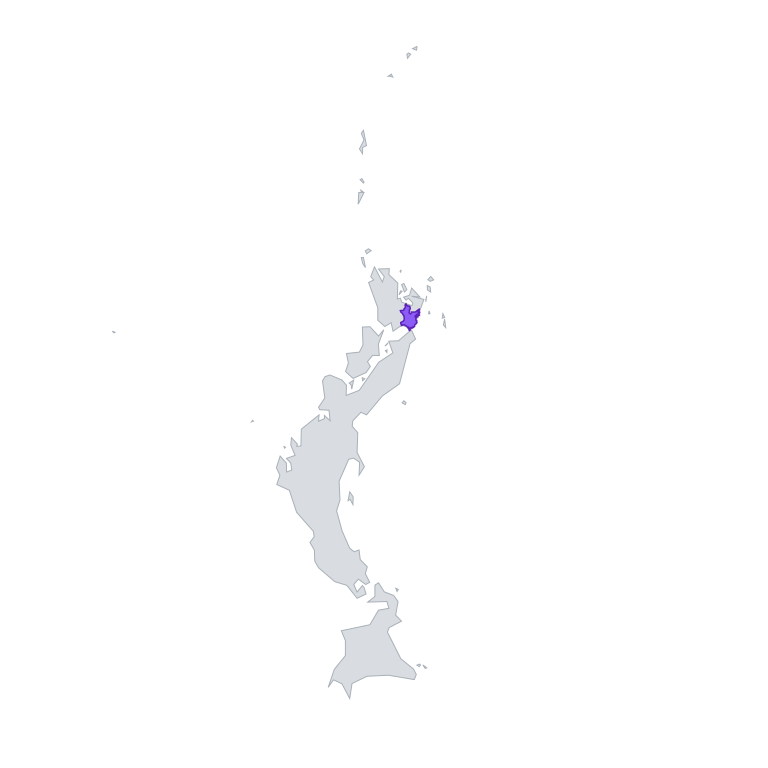 where Fukuoka sits in Japan, rotated 146°
{"feature_id": "JPN-1829", "entity_name": "Fukuoka", "entity_type": "Prefecture", "adm_level": 1, "iso_a3": "JPN", "parent_name": "Japan", "parent_adm1": "", "projection": "albers", "projection_center": [130.552, 33.473], "detail": "fine", "context": "in_parent", "style": "filled", "palette": "violet", "viewbox_px": 768, "rotation_deg": 146, "n_neighbors": 0, "source": "natural_earth", "source_scale": "10m", "svg_char_len": 6890}
<svg xmlns="http://www.w3.org/2000/svg" viewBox="0 0 768 768"><g transform="rotate(146 384 384)"><path d="M516.3,219.9L526.1,221.4L527.4,237.9L535.3,247.6L541.0,268.2L540.4,276.0L534.6,285.2L534.0,294.1L527.3,296.4L524.9,301.3L528.2,326.4L521.9,348.8L529.1,360.6L521.3,366.6L520.0,374.8L510.4,382.3L509.2,373.0L514.0,365.5L508.6,364.2L505.5,370.6L506.5,376.9L497.7,374.5L495.4,385.5L490.8,391.2L489.4,382.6L491.3,381.2L487.5,379.1L477.8,392.8L455.1,394.7L459.1,389.8L452.7,388.6L451.0,391.3L449.2,383.6L444.3,393.0L451.6,398.6L451.3,401.3L440.9,405.5L433.2,421.0L428.8,423.1L423.8,421.7L416.7,410.9L415.8,404.0L421.8,395.7L408.0,392.6L376.1,405.0L359.3,404.8L356.1,416.8L347.7,411.7L331.0,413.7L332.7,403.5L339.8,402.9L371.0,375.5L392.1,375.0L415.7,368.2L419.0,373.5L430.4,370.9L434.0,366.8L433.0,358.3L444.6,342.3L446.5,326.4L455.6,322.4L448.0,332.8L450.7,339.6L455.4,341.3L475.6,328.5L485.4,312.4L494.2,305.4L500.9,285.6L504.3,267.1L502.5,261.6L497.5,260.4L501.9,251.7L500.1,241.8L505.6,237.1L506.7,227.6L511.3,228.0L514.4,236.6L521.1,234.7L522.7,226.6L514.6,229.0L514.4,226.3L516.3,219.9ZM561.5,151.2L578.0,153.6L588.3,142.4L586.5,158.9L591.3,167.0L599.9,163.7L584.8,175.2L567.9,180.4L559.5,192.8L557.3,203.3L530.3,192.3L515.1,199.6L505.4,195.3L503.2,202.0L519.5,212.3L510.4,212.9L504.0,222.3L499.7,222.3L500.0,211.6L494.2,203.2L494.0,195.8L503.6,185.9L502.1,177.6L515.8,179.2L519.9,176.4L523.7,146.8L518.9,131.1L519.7,125.1L524.2,122.0L543.2,140.1L561.5,151.2ZM336.3,422.8L347.0,422.7L343.8,430.8L351.2,431.2L353.5,440.3L346.5,450.7L340.0,476.8L334.4,476.0L335.0,480.4L326.4,486.4L328.3,469.4L323.7,472.9L324.3,482.4L315.1,476.7L318.8,472.0L316.1,460.0L325.4,447.0L322.5,446.1L323.5,441.8L317.1,433.3L314.8,435.1L315.8,441.3L318.9,441.3L319.2,445.0L313.3,443.3L307.4,448.1L305.6,436.1L312.0,441.3L303.6,431.8L326.9,414.9L331.7,416.2L336.3,422.8ZM392.4,403.5L406.5,405.9L408.9,415.8L401.8,421.3L398.1,430.3L386.6,424.2L379.6,428.1L370.1,443.3L363.6,439.3L361.7,426.8L353.9,429.1L366.3,420.3L372.0,410.2L377.4,414.1L385.2,411.8L385.5,406.2L392.4,403.5ZM272.9,592.6L264.1,597.5L262.6,604.5L259.2,605.8L265.2,591.4L269.4,592.1L273.0,587.0L272.9,592.6ZM479.0,307.4L472.7,313.7L472.7,307.6L477.2,301.4L476.6,307.4L479.0,307.4ZM304.9,547.5L297.8,556.9L293.5,553.9L304.9,547.5ZM313.8,456.6L311.3,456.2L312.3,449.4L315.6,448.9L313.8,456.6ZM412.4,404.2L407.0,404.2L413.6,397.8L411.7,401.5L412.4,404.2ZM325.1,504.8L321.3,504.8L320.1,501.7L325.5,501.7L325.1,504.8ZM301.8,399.7L297.5,403.9L301.3,396.2L301.8,399.7ZM332.2,501.5L330.3,500.4L334.3,490.9L334.3,495.5L332.2,501.5ZM284.6,442.6L288.2,443.2L289.3,445.9L285.1,447.0L284.6,442.6ZM298.9,406.0L295.8,409.4L296.5,405.1L298.9,406.0ZM172.8,646.0L168.1,645.5L168.2,644.8L170.4,642.6L172.8,646.0ZM379.5,358.3L376.9,359.0L376.1,356.2L377.9,355.0L379.5,358.3ZM293.1,441.4L291.5,438.6L293.9,434.2L295.4,437.7L293.1,441.4ZM182.3,640.9L180.7,644.6L178.5,644.7L177.5,642.5L182.3,640.9ZM289.6,566.8L287.5,566.6L287.7,562.4L288.7,562.1L289.6,566.8ZM513.9,132.5L511.1,131.9L510.8,130.7L512.8,129.9L513.9,132.5ZM321.7,449.6L318.2,451.9L317.1,450.8L321.7,449.6ZM488.5,208.1L487.0,205.7L489.2,204.7L488.5,208.1ZM357.3,416.0L359.5,415.1L362.1,414.9L357.3,416.0ZM508.9,125.1L508.9,129.4L507.3,124.8L508.9,125.1ZM302.1,430.6L299.3,433.2L303.4,428.7L302.1,430.6ZM208.5,636.8L204.6,636.8L205.1,633.5L206.1,635.1L208.5,636.8ZM307.8,417.3L305.7,419.4L306.6,416.5L307.8,417.3ZM399.9,398.6L398.5,401.4L397.0,399.1L399.9,398.6ZM295.4,555.7L294.9,557.6L294.0,555.3L295.4,555.7ZM502.3,386.4L501.8,388.6L501.2,386.5L502.3,386.4ZM307.7,468.5L305.9,469.1L307.6,467.4L307.7,468.5ZM364.0,408.5L364.2,410.9L362.4,410.6L364.0,408.5ZM515.0,426.8L513.1,427.3L513.0,426.2L515.0,426.8ZM579.3,577.4L579.7,579.7L578.0,577.3L579.3,577.4Z" fill="#d9dde1" stroke="#a8b0b8" stroke-width="1"/><path d="M313.0,426.4L313.2,425.7L313.4,425.5L314.0,425.2L314.4,425.1L314.6,425.2L314.9,425.0L314.9,424.9L315.2,424.9L315.5,424.8L315.7,424.5L315.8,424.2L315.6,424.2L314.9,424.4L314.7,424.3L314.7,424.0L314.5,423.9L314.3,423.9L314.2,423.7L314.3,423.4L314.5,423.2L314.9,423.1L315.1,423.1L315.5,422.8L315.4,422.5L315.5,422.2L315.8,422.2L316.0,422.2L316.3,422.1L316.5,422.0L316.5,421.3L316.8,421.5L317.0,421.6L317.1,421.8L316.9,422.1L317.0,422.5L317.3,422.6L317.8,422.6L317.9,422.9L317.7,423.2L317.9,423.4L318.1,423.5L318.3,423.4L318.5,423.3L318.7,423.0L319.0,423.0L319.6,423.0L319.9,422.9L320.3,422.8L320.5,422.5L320.5,422.2L320.6,421.7L320.4,421.2L320.0,421.5L319.7,421.8L319.4,421.9L319.2,421.8L318.9,421.6L318.6,421.6L318.3,421.4L318.2,420.9L318.3,420.7L318.5,420.8L318.6,421.2L318.9,421.3L319.4,421.4L320.2,421.0L320.5,420.7L320.8,420.4L321.1,420.1L321.4,420.0L321.5,419.8L321.8,419.4L321.9,418.9L321.8,418.5L321.6,418.5L321.4,418.3L321.5,418.0L321.6,417.8L321.9,417.6L322.1,417.4L322.3,416.7L322.5,416.9L323.1,416.5L323.3,416.3L323.4,416.2L323.5,416.0L323.8,416.0L324.8,416.1L325.2,416.0L325.6,415.7L326.3,414.7L326.7,414.6L326.9,414.6L327.2,414.8L327.7,414.5L328.4,414.5L329.2,414.6L329.1,415.1L329.4,414.9L329.9,414.9L330.1,415.2L330.3,415.7L330.6,415.8L330.9,415.8L331.2,415.6L331.5,415.1L331.7,414.6L332.2,414.2L332.8,413.9L333.1,414.2L333.0,414.7L332.8,415.0L332.8,415.3L332.6,415.6L332.7,415.9L332.7,416.2L332.4,416.2L332.5,416.4L332.5,416.6L332.4,416.8L332.3,417.0L332.0,417.2L331.9,417.5L332.0,417.7L332.4,417.8L332.8,417.7L332.8,418.5L332.9,419.3L333.1,419.8L333.8,420.9L334.0,421.6L334.4,422.1L334.8,422.3L335.2,422.3L335.7,422.4L336.6,422.5L336.8,422.6L336.7,422.7L336.5,423.0L336.4,423.1L336.3,423.3L336.3,423.7L336.5,424.2L336.4,424.5L336.1,425.0L336.0,425.3L335.8,425.5L335.6,425.6L335.3,425.6L334.1,425.4L332.8,425.4L332.6,425.4L332.3,425.5L331.7,425.7L331.5,425.9L331.2,426.2L330.9,426.6L330.4,427.2L330.2,427.6L330.0,428.2L329.5,429.0L329.4,429.2L329.4,429.3L329.4,429.5L329.5,430.4L329.5,430.9L329.2,431.9L329.3,432.4L329.7,433.7L329.8,434.2L329.4,435.7L328.4,435.2L327.2,434.4L326.9,434.3L326.6,434.2L326.3,434.2L326.1,434.3L325.6,434.9L325.3,435.1L324.9,435.2L324.1,435.3L323.8,435.4L323.5,435.8L322.9,436.2L322.7,436.5L322.5,436.8L322.5,437.3L322.5,437.6L322.2,437.8L321.4,437.9L321.0,438.1L321.0,437.5L321.0,436.4L320.9,436.0L320.9,435.6L320.8,435.4L320.6,435.4L320.4,435.3L320.0,435.0L319.9,434.8L319.8,434.6L319.8,434.4L319.7,434.2L319.4,434.2L319.3,433.8L319.3,433.6L319.4,433.2L319.5,433.0L319.7,432.9L319.8,432.8L319.8,432.6L319.9,432.1L320.1,431.9L320.3,431.7L320.5,431.6L320.7,431.4L320.9,431.3L321.4,431.3L321.5,431.2L321.8,430.8L321.9,430.6L322.1,430.2L322.2,429.9L322.4,429.8L322.7,429.7L322.9,429.6L323.0,429.5L323.2,429.4L323.3,428.6L323.3,428.4L323.1,427.6L322.9,427.3L322.6,427.3L322.2,427.4L321.7,427.6L321.4,427.8L321.0,428.2L320.7,428.2L320.0,427.5L319.8,427.3L319.4,427.2L318.2,426.4L317.9,426.3L317.6,426.2L317.0,426.1L316.6,426.2L315.6,426.3L314.7,426.3L314.1,426.4L313.0,426.4L313.0,426.4Z" fill="#8b5cf6" stroke="#5b21b6" stroke-width="1.5"/></g></svg>